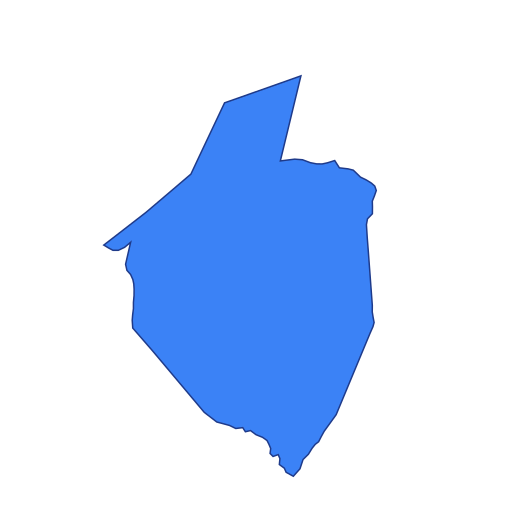 the district of Reriutaba, Ceará, Brazil, rotated 296°
{"feature_id": "56859067B92344183297275", "entity_name": "Reriutaba", "entity_type": "district", "adm_level": 2, "iso_a3": "BRA", "parent_name": "Brazil", "parent_adm1": "Ceará", "projection": "orthographic", "projection_center": [-40.625, -4.113], "detail": "fine", "context": "isolated", "style": "filled", "palette": "blue", "viewbox_px": 512, "rotation_deg": 296, "n_neighbors": 0, "source": "geoboundaries", "source_scale": "gbopen_adm2", "svg_char_len": 1228}
<svg xmlns="http://www.w3.org/2000/svg" viewBox="0 0 512 512"><g transform="rotate(296 256 256)"><path d="M199.1,114.4L198.6,119.8L198.4,124.9L200.8,129.8L206.2,134.1L213.4,137.3L191.4,142.4L186.5,146.3L184.4,151.4L180.9,155.6L177.3,158.4L172.7,161.0L166.8,163.8L160.5,166.2L155.0,168.9L149.1,170.9L144.0,172.9L137.2,176.8L125.4,204.6L123.4,209.1L92.8,278.0L89.6,293.5L90.7,299.1L92.1,306.5L92.1,313.4L95.9,319.3L93.4,323.5L96.7,327.6L95.4,334.3L95.9,341.4L95.0,346.8L92.4,350.2L89.4,353.6L84.7,355.2L83.3,359.2L87.2,363.0L84.4,366.3L78.8,368.4L77.7,374.5L74.8,377.9L74.4,386.1L84.0,388.8L93.7,387.5L100.8,390.0L107.8,390.7L112.7,391.8L116.5,393.7L122.1,393.8L128.3,394.1L148.5,397.6L236.1,392.4L243.8,392.1L248.0,391.3L252.3,388.1L256.7,385.0L262.4,382.3L308.9,355.2L321.5,347.8L332.6,341.5L338.3,339.9L345.0,342.1L351.3,339.1L356.3,336.5L361.8,336.1L367.6,335.4L370.9,332.1L372.1,327.8L372.7,321.9L372.7,315.3L374.3,310.5L375.8,305.8L374.7,300.6L371.8,292.3L376.3,284.9L371.1,279.4L367.8,275.2L365.4,270.2L363.7,263.9L362.9,255.6L360.0,248.3L355.7,241.7L352.1,236.2L437.6,217.4L401.8,182.2L379.9,160.6L321.3,161.3L301.1,161.6L276.5,150.9L247.0,138.0L199.1,114.4Z" fill="#3b82f6" stroke="#1e3a8a" stroke-width="1.5"/></g></svg>